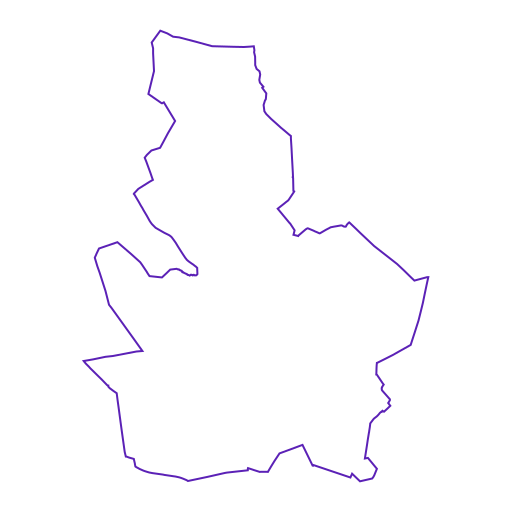 the district of Zilākalna pag., Kocenu, Latvia
{"feature_id": "27541924B75578071059761", "entity_name": "Zilākalna pag.", "entity_type": "district", "adm_level": 2, "iso_a3": "LVA", "parent_name": "Latvia", "parent_adm1": "Kocenu", "projection": "mercator", "projection_center": [25.176, 57.583], "detail": "fine", "context": "isolated", "style": "outline", "palette": "violet", "viewbox_px": 512, "rotation_deg": 0, "n_neighbors": 0, "source": "geoboundaries", "source_scale": "gbopen_adm2", "svg_char_len": 5226}
<svg xmlns="http://www.w3.org/2000/svg" viewBox="0 0 512 512"><path d="M173.1,36.7L167.3,33.4L160.3,30.7L151.7,42.5L153.1,48.3L153.1,53.3L154.0,71.1L148.4,94.0L161.6,103.2L162.1,103.3L163.8,102.3L175.1,121.0L167.9,133.3L163.1,142.3L160.1,147.8L151.4,150.5L146.9,154.9L144.7,157.7L146.3,161.6L150.5,173.1L152.1,177.8L152.9,179.9L149.7,181.7L138.4,188.8L134.0,193.5L133.8,193.9L134.7,195.0L136.0,197.2L138.9,202.1L140.9,205.7L142.4,208.1L143.4,210.0L146.9,215.9L148.4,218.6L149.6,220.8L150.8,222.6L152.0,224.2L153.5,225.7L154.0,226.2L155.6,227.8L164.3,232.8L168.4,234.8L169.5,235.4L170.9,236.5L171.3,236.8L172.2,237.9L173.9,240.2L175.8,242.9L177.9,246.4L181.7,252.4L183.2,254.7L184.2,256.2L185.4,258.0L186.1,258.8L186.7,259.7L187.6,260.5L188.8,261.5L191.9,263.7L193.3,264.6L194.5,265.6L196.0,266.7L197.2,267.9L197.2,268.7L197.4,273.6L197.4,274.1L197.3,274.3L197.0,274.7L196.7,274.8L196.2,275.1L196.1,275.3L195.6,275.3L195.3,275.4L195.1,275.4L194.8,275.3L194.5,275.3L194.3,275.1L194.1,274.9L193.8,274.9L193.6,274.9L193.3,274.8L193.1,274.9L193.0,275.0L192.8,275.4L192.6,275.4L192.4,275.1L192.0,275.1L191.8,275.0L191.8,274.9L191.5,274.8L191.4,274.8L191.2,274.8L191.0,274.7L190.9,274.7L190.7,274.8L190.5,275.1L190.2,275.3L189.7,275.6L189.3,275.4L188.7,275.0L188.4,274.9L188.0,275.0L187.7,274.9L187.4,274.8L186.7,273.9L186.2,273.8L185.7,273.7L185.0,273.3L184.6,273.1L184.0,272.9L183.3,272.2L183.0,272.1L182.8,272.1L182.6,272.3L182.3,272.2L182.2,272.1L182.1,271.5L181.7,270.8L181.0,270.6L180.9,270.5L180.5,270.5L180.1,270.1L179.9,270.0L179.6,270.1L179.4,270.0L179.0,269.5L178.8,269.3L178.2,269.4L177.9,269.4L177.4,269.2L176.7,268.8L170.2,269.6L166.6,273.1L162.0,277.4L161.5,277.4L149.5,276.1L148.0,273.9L147.0,272.3L147.0,272.2L142.0,264.7L140.2,262.2L131.1,254.0L117.4,242.2L99.0,248.5L96.3,254.2L96.2,254.5L96.1,254.8L94.8,257.6L94.9,258.1L97.3,266.1L97.4,266.4L99.6,272.6L99.8,273.2L99.9,273.5L105.5,291.0L109.0,304.7L109.5,305.4L111.5,307.9L134.7,340.2L142.4,351.0L136.5,351.5L112.9,356.0L105.5,356.8L93.0,359.4L83.7,361.0L84.4,361.9L85.9,363.7L87.3,365.1L89.0,366.8L90.3,368.3L101.9,379.7L107.2,385.2L108.1,385.6L108.3,385.6L108.3,386.6L109.0,387.4L109.5,387.9L109.7,388.2L110.7,388.9L113.5,391.0L116.4,393.0L116.7,393.2L117.6,400.3L118.6,407.5L120.6,422.4L121.1,426.1L122.0,432.6L124.7,451.9L125.8,456.5L126.2,456.5L129.2,457.6L133.8,458.9L134.9,463.7L134.9,464.1L135.3,466.1L135.4,466.5L136.4,467.2L138.3,468.2L139.5,468.9L141.3,469.7L143.1,470.5L144.4,471.0L146.9,471.8L149.3,472.5L152.4,473.1L163.1,474.6L164.3,474.9L170.5,475.8L173.1,476.2L175.3,476.5L177.2,476.9L179.4,477.4L181.3,478.0L183.4,478.8L184.8,479.4L186.5,480.1L187.5,480.7L187.9,481.0L207.4,476.9L225.1,472.9L225.8,472.8L226.8,472.6L247.8,470.3L247.9,468.4L248.0,468.1L252.9,469.7L253.4,469.9L255.3,470.5L257.2,471.1L259.1,471.7L259.6,471.9L260.9,471.8L264.1,471.8L267.2,471.8L267.9,471.9L268.1,471.5L271.2,466.3L274.4,461.1L279.5,453.4L302.5,444.9L312.6,465.6L313.2,465.7L313.6,465.1L313.9,465.2L350.4,477.5L352.1,473.7L360.0,481.3L372.2,478.5L373.4,476.9L374.3,475.2L376.9,468.8L367.9,457.9L364.9,458.5L366.8,446.3L367.9,439.0L369.0,432.3L369.1,432.1L369.2,431.1L369.8,427.3L370.2,424.0L370.2,423.6L370.4,423.2L372.9,419.9L373.6,419.0L374.2,418.4L376.8,416.4L378.0,415.2L378.8,414.3L379.1,413.9L380.1,412.7L380.9,412.1L381.5,411.6L381.8,411.8L382.5,410.8L383.6,411.5L384.0,411.7L387.4,408.6L390.3,405.8L388.2,403.0L388.6,402.4L389.9,400.2L389.9,399.3L382.6,391.0L382.1,390.4L381.9,390.0L381.8,389.7L381.8,389.2L381.7,388.9L381.7,388.7L381.7,388.2L381.8,388.1L381.8,387.9L381.8,387.7L381.9,387.4L382.0,387.4L382.1,387.2L382.3,386.8L382.5,386.4L382.9,385.7L383.2,385.3L383.7,384.6L382.5,383.0L376.7,374.4L376.3,374.4L376.4,372.5L376.5,368.5L376.6,366.4L376.7,364.8L376.8,363.9L376.9,362.9L377.3,362.8L386.1,358.4L392.8,355.0L410.7,344.9L412.0,340.8L414.6,332.8L418.5,320.6L420.9,311.0L422.9,302.8L424.8,293.5L426.8,284.0L428.3,277.1L427.9,277.1L427.3,277.2L427.0,277.2L423.6,278.1L416.9,279.9L414.4,280.6L413.9,280.1L412.2,278.5L409.2,275.6L408.4,274.8L403.6,270.1L397.1,264.0L388.3,257.1L381.5,251.8L374.6,246.4L374.2,246.1L365.3,237.7L360.1,232.8L356.1,228.9L352.0,225.0L349.7,222.8L349.2,222.4L347.6,223.8L346.5,225.3L346.0,226.4L345.7,226.7L345.3,226.7L344.1,226.6L343.2,226.2L342.4,225.7L341.7,225.5L341.1,225.4L336.6,226.2L334.8,226.5L334.2,226.6L330.6,227.3L329.4,228.0L326.1,229.7L320.1,233.2L319.8,233.3L319.4,233.3L316.5,232.0L315.2,231.5L313.6,230.7L308.1,228.4L307.6,228.3L306.9,228.6L306.2,229.1L305.9,229.2L300.5,233.8L298.3,235.7L298.2,236.0L293.5,234.8L293.6,234.5L294.6,230.3L290.4,223.9L290.2,223.5L289.8,223.3L277.7,208.7L284.3,203.5L286.0,202.1L288.1,200.5L288.9,199.5L293.9,192.0L294.2,191.4L293.4,190.9L293.2,182.0L293.1,177.9L292.7,177.4L292.7,177.0L293.0,176.7L292.8,172.1L292.1,159.5L291.5,148.0L290.9,138.4L290.9,136.0L289.0,134.5L284.9,131.0L280.8,127.6L279.6,126.5L271.0,118.8L266.3,114.1L264.4,111.3L263.6,105.0L265.0,100.4L265.7,99.5L265.9,98.4L266.3,93.4L262.2,87.8L263.4,86.8L259.9,82.6L259.3,79.9L260.2,74.5L259.5,71.3L256.6,68.9L255.2,65.1L255.2,62.1L255.1,56.6L254.1,52.3L254.4,50.2L253.8,46.3L250.3,46.6L243.9,47.0L233.8,46.8L212.1,46.2L196.8,42.0L179.2,37.4L173.1,36.7Z" fill="none" stroke="#5b21b6" stroke-width="2"/></svg>